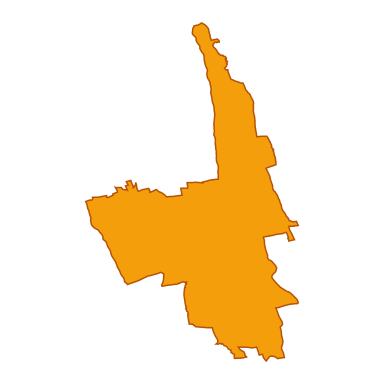 the district of Motoseni, Bacau, Romania
{"feature_id": "2599482B25662052430617", "entity_name": "Motoseni", "entity_type": "district", "adm_level": 2, "iso_a3": "ROU", "parent_name": "Romania", "parent_adm1": "Bacau", "projection": "natural_earth1", "projection_center": [27.425, 46.347], "detail": "fine", "context": "isolated", "style": "filled", "palette": "amber", "viewbox_px": 384, "rotation_deg": 0, "n_neighbors": 0, "source": "geoboundaries", "source_scale": "gbopen_adm2", "svg_char_len": 6008}
<svg xmlns="http://www.w3.org/2000/svg" viewBox="0 0 384 384"><path d="M284.4,357.5L283.4,352.9L281.9,349.8L281.5,348.2L281.6,346.8L282.4,344.8L283.0,341.6L282.0,337.0L281.6,336.2L281.2,330.9L280.2,327.4L280.4,326.8L281.3,326.0L282.2,324.9L282.5,324.1L282.5,323.5L281.9,321.4L279.1,316.7L275.9,307.8L278.7,307.6L280.0,307.0L284.9,305.5L289.4,304.4L294.7,303.7L297.4,303.6L298.0,303.2L298.2,302.6L297.6,300.6L296.8,299.2L292.5,294.9L289.8,292.5L288.2,291.7L287.7,291.7L286.2,291.0L280.3,287.2L275.9,282.7L272.3,278.3L271.8,276.8L272.2,275.4L273.3,274.0L275.2,272.2L275.7,271.5L276.7,268.0L275.6,265.8L271.7,261.2L270.4,260.4L268.9,259.9L267.5,257.9L267.6,255.3L265.8,250.2L264.9,245.9L264.6,245.2L264.3,240.0L263.6,238.2L263.5,237.0L270.0,235.9L270.0,235.7L272.8,235.4L276.0,234.4L282.6,233.6L284.5,232.8L286.3,232.3L287.1,234.1L288.5,237.8L287.8,238.1L288.9,240.5L288.8,241.0L294.5,239.7L292.1,234.4L289.5,229.7L288.9,226.3L294.6,226.1L295.2,225.6L297.0,225.8L298.3,225.4L297.2,223.4L296.5,221.4L293.0,221.8L289.2,220.5L288.9,219.6L288.5,219.1L288.4,218.4L286.4,216.2L285.8,215.2L285.3,213.9L282.4,209.8L281.8,208.5L281.0,204.3L280.0,202.5L279.4,200.0L278.6,198.7L277.2,194.9L276.3,194.1L275.5,192.2L273.7,190.6L273.0,189.3L272.6,187.8L272.6,185.8L270.4,179.5L269.8,176.2L266.9,170.1L266.1,168.9L266.0,168.4L266.1,168.1L266.5,168.0L275.9,164.7L276.0,162.4L275.6,161.0L275.6,160.3L275.4,160.0L275.5,159.7L275.4,158.5L275.1,157.9L275.3,157.3L274.1,155.0L274.3,154.1L274.0,153.7L274.0,153.2L273.3,151.2L273.7,150.3L273.5,150.1L273.1,150.2L273.4,149.4L273.0,149.3L272.9,148.8L272.6,148.7L272.4,148.1L271.5,147.3L271.7,145.7L270.8,143.6L270.1,142.5L270.0,141.6L269.4,141.0L269.2,140.2L268.4,138.8L267.9,138.4L267.9,137.7L266.8,136.3L261.8,136.3L256.7,136.7L256.5,134.3L255.6,129.8L255.5,128.2L255.0,127.0L255.2,126.1L254.9,123.6L255.0,121.0L254.5,116.2L254.2,115.5L253.3,111.2L253.5,108.3L253.3,104.7L253.6,103.6L253.5,102.5L252.9,100.3L251.3,97.6L250.3,95.0L249.1,93.4L248.1,92.9L247.7,92.0L245.8,89.8L244.2,85.5L242.9,83.0L240.4,83.0L239.7,82.5L235.0,81.0L233.3,80.1L231.7,79.6L230.7,78.8L228.2,72.2L227.8,69.7L225.6,69.7L224.5,68.2L226.2,66.6L227.3,64.0L226.4,63.2L227.1,62.4L227.5,61.5L226.6,60.6L225.8,60.7L226.1,59.6L225.3,59.0L226.4,58.4L226.3,58.1L225.3,56.5L223.3,56.2L223.0,55.8L223.0,55.3L220.5,55.3L219.3,53.9L218.8,54.0L215.9,49.3L213.6,47.1L212.9,45.3L212.8,44.9L213.1,44.4L214.0,43.6L214.1,43.0L214.9,42.1L216.3,42.1L216.4,42.5L216.6,42.6L218.9,41.9L219.2,42.0L219.2,41.4L218.9,40.6L217.2,39.0L211.3,40.3L210.1,36.6L210.1,35.6L209.3,33.0L208.4,28.7L206.0,25.6L202.3,23.2L201.3,23.0L201.1,23.4L197.8,25.2L196.7,25.2L194.0,25.9L193.7,27.1L192.9,28.1L192.3,33.2L192.4,33.8L192.7,34.4L195.7,37.4L196.1,38.4L196.2,40.6L196.5,41.2L197.1,42.5L199.8,46.0L199.9,48.7L201.8,52.1L203.8,54.5L204.1,56.7L204.3,60.6L205.2,64.2L205.6,65.9L207.1,69.2L207.5,70.5L206.8,73.7L207.1,76.1L207.6,78.0L209.4,81.1L210.2,83.7L210.1,84.0L211.0,87.8L211.2,89.6L210.9,90.6L210.8,93.4L211.3,95.2L212.2,100.1L212.2,100.9L212.7,103.0L213.4,104.6L214.0,107.0L214.2,110.4L214.8,114.5L213.8,125.1L214.2,126.1L214.0,127.8L214.4,131.6L213.8,134.3L213.9,135.0L214.4,136.0L215.4,138.8L215.3,139.8L215.4,141.4L215.2,144.0L215.6,145.9L215.7,148.3L216.3,151.3L216.2,153.7L216.5,155.5L216.3,157.7L216.5,161.3L218.2,165.7L218.3,168.7L217.9,171.9L218.3,175.6L218.2,179.2L214.4,179.5L208.7,180.4L206.5,181.2L202.5,182.0L202.8,182.9L195.0,182.2L192.9,182.6L187.1,182.6L187.3,185.1L187.8,186.1L187.5,188.2L180.8,188.2L182.0,195.2L171.7,196.6L170.7,196.4L166.7,196.9L164.0,194.3L160.8,192.3L159.5,192.1L156.2,189.5L152.6,191.3L149.9,192.4L149.6,192.0L149.8,191.3L149.7,190.5L149.2,190.0L149.4,189.5L148.6,188.4L141.9,189.8L140.0,190.8L138.2,191.2L136.9,188.3L136.3,184.2L135.9,183.1L135.6,183.1L135.5,184.6L134.3,186.8L133.8,187.5L133.3,187.7L133.0,185.5L132.5,184.9L131.7,183.1L130.8,180.4L127.2,181.4L126.3,181.7L128.2,185.1L125.5,185.9L127.4,190.3L126.1,189.8L123.0,189.5L121.7,188.1L121.4,187.5L115.9,187.6L115.3,187.4L116.9,190.0L117.3,191.2L117.4,192.1L112.8,194.0L113.1,195.1L109.4,197.0L109.2,197.3L106.7,197.4L106.6,195.6L98.2,197.2L92.5,197.3L92.8,198.7L91.9,200.1L90.0,200.0L85.7,201.5L87.1,204.9L87.7,208.5L88.7,210.4L89.7,214.6L90.9,217.7L90.6,220.1L91.3,224.1L91.7,225.1L93.7,227.4L95.5,228.6L98.2,230.0L100.0,232.6L101.9,234.5L102.8,236.4L103.1,239.3L105.8,241.6L106.5,242.6L107.6,246.3L109.5,249.3L110.5,251.5L111.0,253.2L111.0,253.9L111.7,255.8L115.6,261.9L116.7,264.7L117.4,266.9L119.7,271.1L120.7,273.7L121.5,275.2L123.8,278.2L124.3,279.8L124.5,281.5L124.9,282.1L126.4,283.2L127.5,284.5L138.8,280.5L146.1,276.9L146.8,276.7L147.5,276.2L149.8,275.7L158.2,273.4L160.4,272.3L163.5,273.6L163.8,274.0L163.6,278.9L163.1,281.5L162.9,282.5L161.6,285.2L162.1,286.3L165.5,285.6L178.1,283.9L178.3,283.3L179.8,283.3L180.9,282.4L183.6,281.8L184.2,282.3L186.6,282.1L186.3,282.8L186.3,283.8L186.2,284.1L185.7,283.9L185.7,284.4L185.0,286.2L185.4,287.5L184.8,287.6L184.6,288.0L184.1,292.1L184.0,295.2L185.3,304.0L185.8,306.4L186.4,306.7L185.8,308.6L186.3,308.6L186.4,310.0L186.8,311.3L187.7,311.7L187.9,313.1L188.3,314.0L188.3,314.3L188.0,314.3L187.8,315.7L189.2,324.1L192.0,324.1L192.9,324.3L193.6,324.8L193.5,325.1L193.8,325.3L194.3,325.4L195.5,326.7L207.4,327.7L212.3,327.7L213.5,332.0L215.5,336.3L217.2,339.0L217.9,340.9L217.8,342.0L217.0,343.3L216.1,344.0L218.4,344.1L219.9,343.5L220.4,343.7L221.4,343.5L221.6,344.1L222.8,343.9L224.0,345.5L226.1,346.2L226.9,346.8L228.3,348.8L229.7,349.8L230.9,350.0L231.1,352.7L231.8,352.8L233.1,353.9L234.1,354.1L234.4,355.0L234.2,356.6L234.5,358.4L242.4,358.0L246.6,357.0L246.1,356.3L245.5,356.0L244.8,354.7L244.8,353.5L244.0,352.4L243.7,351.5L242.1,351.0L239.7,349.2L239.0,347.7L238.4,347.1L247.0,347.2L252.0,347.9L254.2,347.7L256.6,347.1L258.3,351.8L259.3,355.1L262.2,354.2L262.9,355.5L263.4,357.5L265.1,359.8L266.2,361.0L266.8,360.3L267.6,359.0L269.0,357.3L270.1,356.4L270.8,356.1L273.6,356.3L275.6,357.1L277.2,358.2L277.4,358.6L284.4,357.5Z" fill="#f59e0b" stroke="#b45309" stroke-width="1.5"/></svg>